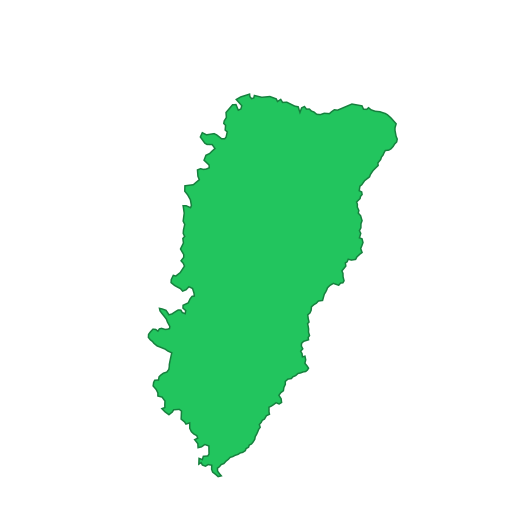 São Pedro do Sul, Rio Grande do Sul, Brazil, rotated 312°
{"feature_id": "56859067B93092116954430", "entity_name": "São Pedro do Sul", "entity_type": "district", "adm_level": 2, "iso_a3": "BRA", "parent_name": "Brazil", "parent_adm1": "Rio Grande do Sul", "projection": "mercator", "projection_center": [-54.269, -29.603], "detail": "fine", "context": "isolated", "style": "filled", "palette": "green", "viewbox_px": 512, "rotation_deg": 312, "n_neighbors": 0, "source": "geoboundaries", "source_scale": "gbopen_adm2", "svg_char_len": 4549}
<svg xmlns="http://www.w3.org/2000/svg" viewBox="0 0 512 512"><g transform="rotate(312 256 256)"><path d="M207.8,370.1L208.5,367.3L209.0,364.1L212.1,362.4L214.3,359.4L212.1,358.0L214.3,355.5L215.1,352.9L218.3,352.9L219.4,350.0L221.6,348.3L224.5,348.5L228.9,351.1L230.3,349.3L232.7,349.0L234.5,346.0L237.0,343.9L238.8,341.6L240.2,339.6L242.4,339.6L244.4,336.7L246.9,333.8L249.7,334.2L252.5,333.3L255.4,331.2L258.7,331.6L261.2,332.4L264.3,332.5L267.5,335.2L273.3,332.3L275.7,331.9L278.2,331.2L280.2,330.4L283.6,330.6L287.4,331.8L289.6,337.0L292.5,337.0L294.2,338.5L296.5,338.0L298.8,334.6L301.3,332.2L302.4,329.8L308.6,329.5L310.7,327.0L312.7,327.6L315.3,326.7L316.8,329.6L320.1,332.3L322.8,331.6L326.6,331.9L329.6,332.5L331.6,328.8L334.4,327.8L337.6,326.5L339.7,323.3L338.7,320.7L342.9,318.7L344.0,315.9L347.1,315.1L350.2,312.4L353.2,311.2L354.4,309.2L355.9,306.8L356.3,303.3L358.6,302.0L360.1,298.6L362.3,296.7L363.4,294.6L368.3,294.9L370.2,293.8L372.7,293.7L374.3,291.7L373.6,289.0L377.4,286.5L379.7,286.9L384.7,286.3L390.8,287.4L393.0,286.5L397.9,285.8L405.0,286.2L406.7,284.3L411.0,284.1L413.6,283.0L415.9,282.9L418.6,282.0L420.9,281.5L423.5,283.8L426.0,284.6L429.2,284.6L431.9,284.1L434.9,284.2L437.4,282.7L438.7,280.0L442.3,275.3L444.3,273.5L448.0,271.7L448.9,264.1L448.9,259.2L448.4,256.7L447.3,254.3L446.1,251.5L443.3,247.7L441.6,243.6L441.5,240.4L439.1,240.2L437.0,237.7L438.5,234.3L433.1,225.6L418.9,219.0L417.1,216.4L413.6,215.6L410.9,215.3L407.7,211.2L404.2,209.3L401.9,206.3L401.8,202.8L400.8,200.2L400.9,197.4L398.9,195.2L399.5,192.0L396.6,190.8L392.1,192.6L393.6,190.0L395.1,187.5L393.3,184.5L390.9,176.0L387.9,173.0L388.9,169.6L385.2,168.6L386.3,165.9L383.8,159.6L381.6,157.6L377.8,154.1L374.2,147.4L372.0,148.6L370.0,147.5L370.3,144.8L372.0,142.9L364.0,138.2L359.1,136.6L358.2,144.8L355.2,146.4L352.5,145.3L355.1,139.8L352.7,137.4L342.6,137.7L339.1,141.3L335.1,142.0L332.9,143.4L332.8,145.9L329.0,148.8L329.0,151.6L324.4,154.2L322.2,154.3L320.1,152.0L319.7,145.8L318.9,143.0L312.9,138.1L311.7,133.6L307.2,135.0L305.6,142.5L306.1,144.9L309.5,148.9L308.4,153.6L304.8,153.2L301.2,153.0L297.4,151.4L292.4,153.3L292.2,160.3L290.3,162.2L287.1,160.8L285.0,158.8L283.8,156.4L280.8,154.9L276.4,159.5L274.8,162.8L267.0,161.7L260.6,156.2L256.5,159.7L255.7,164.4L253.9,169.6L250.3,174.2L248.1,175.0L246.6,170.5L244.6,168.2L239.8,174.0L233.2,178.5L231.8,181.9L226.8,184.7L224.1,186.8L222.8,189.9L220.1,189.9L217.1,193.4L210.7,195.2L208.7,201.4L206.6,203.2L202.3,203.5L201.9,206.9L200.6,209.6L192.9,210.8L187.4,209.8L186.3,207.5L181.8,208.8L179.4,210.7L179.6,215.1L180.4,218.6L181.2,221.7L180.8,225.0L184.1,226.6L188.3,226.7L189.4,230.6L186.9,234.8L184.9,237.0L183.3,235.5L180.2,235.7L175.8,237.0L170.6,234.8L168.4,236.6L168.4,240.3L165.8,242.0L164.6,239.1L165.5,236.3L163.8,234.3L160.9,233.4L156.6,232.3L154.0,230.6L154.8,228.1L155.4,225.4L153.9,221.8L152.5,219.3L151.0,221.4L150.5,223.8L149.7,228.6L149.1,231.7L147.7,234.3L146.0,239.1L144.2,240.3L142.3,239.2L140.6,237.6L139.0,234.2L137.2,233.0L134.5,233.4L134.3,230.6L132.7,228.4L129.1,228.3L125.9,228.6L123.5,230.5L123.0,233.6L123.2,236.3L122.8,238.7L123.0,242.7L124.0,245.3L126.0,250.8L126.4,254.1L127.7,258.2L125.2,259.6L121.7,261.6L117.5,264.1L115.6,265.7L113.4,267.1L110.0,267.4L107.0,265.6L103.6,264.9L101.4,264.8L98.6,266.5L95.9,263.9L93.6,264.5L90.6,266.5L90.0,271.2L88.6,274.7L86.3,276.8L88.3,280.6L87.3,285.4L84.4,287.8L82.4,289.7L79.6,288.2L79.3,292.7L79.8,297.5L84.1,298.2L86.6,297.7L90.7,301.6L90.9,304.4L84.7,309.5L84.9,314.0L84.2,316.4L87.6,318.4L83.6,322.1L82.2,325.5L82.1,328.8L82.9,332.2L81.6,334.6L78.5,333.3L77.6,338.4L74.8,341.2L77.7,343.2L81.7,344.1L83.3,348.1L77.4,353.6L75.1,354.0L71.9,350.9L68.8,352.4L67.5,349.1L63.1,352.8L65.7,353.5L64.8,356.0L66.0,359.1L69.0,360.0L70.9,363.1L67.8,365.7L66.4,368.4L66.7,372.4L66.7,375.5L69.4,377.3L69.7,374.8L70.4,371.4L72.6,369.3L74.9,369.8L77.8,369.7L80.2,371.0L83.5,371.0L86.5,371.5L89.0,371.5L91.5,373.0L93.8,373.8L96.6,375.4L99.2,376.1L101.1,377.5L104.2,378.3L106.2,377.5L108.9,378.4L111.0,377.5L113.3,378.4L115.8,378.3L119.0,377.7L121.2,376.3L123.7,375.8L126.5,374.9L128.9,374.0L131.5,373.7L133.0,371.2L135.8,371.2L138.1,370.6L140.5,371.4L144.3,370.6L147.4,371.9L148.8,370.0L150.5,368.5L152.3,366.8L154.7,367.8L157.3,368.5L160.4,369.1L161.5,372.2L164.3,373.0L166.7,370.2L167.8,366.2L171.0,365.9L174.2,366.5L176.9,364.7L180.2,363.7L182.4,361.7L185.9,362.1L188.6,364.3L190.8,364.2L193.7,365.5L196.8,365.8L199.0,367.4L201.4,368.6L203.4,370.2L205.7,370.5L207.8,370.1Z" fill="#22c55e" stroke="#15803d" stroke-width="1.5"/></g></svg>